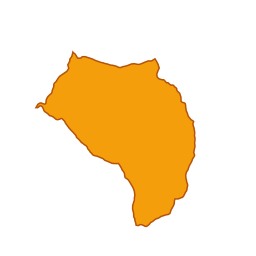 Shongphu, Tashigang, Bhutan (Robinson projection), rotated 324°
{"feature_id": "84629894B1548081314680", "entity_name": "Shongphu", "entity_type": "district", "adm_level": 2, "iso_a3": "BTN", "parent_name": "Bhutan", "parent_adm1": "Tashigang", "projection": "robinson", "projection_center": [91.663, 27.301], "detail": "fine", "context": "isolated", "style": "filled", "palette": "amber", "viewbox_px": 256, "rotation_deg": 324, "n_neighbors": 0, "source": "geoboundaries", "source_scale": "gbopen_adm2", "svg_char_len": 4030}
<svg xmlns="http://www.w3.org/2000/svg" viewBox="0 0 256 256"><g transform="rotate(324 128 128)"><path d="M65.5,57.4L66.0,57.7L66.3,58.0L66.8,58.4L67.4,58.5L68.7,58.4L69.8,58.4L70.4,58.7L70.7,59.1L71.0,59.9L71.0,60.4L71.1,61.0L71.0,61.5L70.3,64.4L70.2,65.2L70.5,66.6L71.1,68.0L71.5,69.4L71.9,71.9L73.4,73.8L74.1,75.4L74.2,75.9L74.4,76.8L74.9,78.7L75.9,79.9L78.1,80.8L79.4,80.9L79.8,81.3L80.2,81.8L80.3,82.5L80.4,83.1L80.6,84.5L80.7,85.9L80.3,86.8L80.3,87.3L80.3,88.0L80.3,89.4L80.3,90.2L80.3,90.9L80.3,91.8L80.3,93.0L80.6,96.7L80.8,97.5L81.1,99.8L81.4,102.7L81.4,103.5L81.3,104.0L81.3,104.4L80.9,105.0L80.9,105.5L81.2,106.8L81.4,107.9L81.6,109.4L81.7,110.2L81.7,111.4L81.8,112.0L81.9,112.8L82.4,113.6L82.6,114.9L83.3,116.9L83.7,117.8L83.8,118.9L83.8,119.4L83.6,119.9L83.3,120.7L83.3,121.4L83.4,123.7L83.4,124.6L83.3,125.4L83.5,125.9L83.5,126.5L83.6,126.9L83.7,127.7L83.7,128.6L83.8,129.2L84.5,130.5L85.3,131.4L85.8,131.9L86.6,132.9L88.2,135.5L89.1,137.0L89.6,137.8L89.8,138.2L90.1,139.8L90.2,140.4L91.1,141.8L91.9,143.1L92.4,143.8L94.1,146.8L94.4,147.3L95.9,148.6L96.7,149.2L97.5,149.9L98.3,150.4L99.2,150.9L99.4,151.4L99.4,152.6L99.3,154.5L99.2,155.4L98.9,157.5L98.6,158.3L98.7,159.9L98.7,160.7L98.5,162.4L98.1,163.2L97.1,165.0L96.6,166.4L96.6,166.8L97.0,167.5L97.8,170.5L97.7,171.2L97.6,173.1L97.1,178.2L97.0,178.8L96.9,179.7L96.0,182.8L95.2,184.3L94.8,184.9L94.4,185.8L93.6,187.0L92.6,187.7L91.6,188.9L91.2,189.5L90.7,190.2L89.3,191.1L88.3,191.9L87.1,192.8L86.1,193.6L85.2,194.8L84.1,196.2L83.6,197.5L83.1,198.4L82.8,199.6L80.6,203.1L80.3,203.7L80.2,204.5L80.3,205.2L79.9,205.6L79.1,207.2L78.8,208.1L78.5,209.1L77.9,210.5L77.4,211.3L77.9,212.0L79.2,213.1L80.7,213.2L81.8,213.8L82.8,215.1L84.0,217.5L84.9,218.4L85.4,218.5L86.5,218.6L88.7,218.4L90.6,217.8L93.1,218.1L96.3,217.9L98.0,218.2L99.1,218.7L100.7,218.9L102.8,219.0L105.5,219.9L108.0,220.7L109.6,221.6L111.6,221.8L114.9,219.5L118.8,217.7L120.8,216.5L123.1,213.9L124.3,213.0L125.7,214.0L126.8,214.8L127.8,215.1L130.2,215.7L131.1,216.1L132.8,215.8L135.4,214.5L136.5,213.9L138.3,213.3L139.6,212.4L140.5,211.2L141.6,210.4L142.7,209.3L143.3,208.0L143.6,206.6L144.7,204.4L145.4,202.6L147.0,200.0L149.4,198.0L151.9,197.1L154.8,194.9L160.1,192.4L161.7,191.2L163.3,190.5L164.6,190.0L165.9,189.2L166.7,186.6L168.3,185.0L170.0,183.5L170.8,182.8L171.7,181.8L173.1,179.2L174.7,177.6L176.2,175.7L177.2,173.4L179.3,170.9L180.3,169.0L181.5,166.5L182.2,164.3L183.2,162.5L184.9,161.4L184.8,160.4L183.9,158.4L183.6,154.1L183.8,153.4L184.4,151.8L185.0,149.7L185.2,148.5L185.6,147.5L186.2,146.6L187.0,144.8L187.4,144.3L187.9,143.6L188.6,142.0L188.5,141.1L187.1,139.2L186.6,138.0L187.1,136.8L188.1,135.5L188.9,134.2L189.7,131.9L190.2,130.2L189.8,128.0L189.6,126.9L190.0,125.4L190.5,124.9L190.5,123.8L190.1,122.7L189.9,121.3L189.9,120.3L189.3,119.4L188.1,118.7L187.5,117.4L187.2,116.1L187.0,114.9L185.8,114.1L185.3,110.1L183.8,108.8L182.5,107.2L181.7,105.8L181.7,103.5L183.0,101.3L185.6,99.5L187.3,98.5L188.0,98.1L188.5,97.9L188.9,96.6L189.8,93.9L190.2,91.2L190.5,87.9L189.3,87.8L186.5,87.6L183.7,85.6L180.4,84.7L178.6,84.3L176.6,83.8L174.5,83.2L173.7,82.5L172.9,81.9L170.9,79.7L168.4,78.2L166.2,77.7L162.8,76.7L159.8,75.3L157.7,74.8L156.3,73.8L155.0,71.4L153.9,70.0L152.4,68.2L150.6,66.6L149.6,65.0L148.7,63.8L147.5,62.6L146.6,61.3L146.2,60.7L144.5,58.9L142.9,56.4L142.0,55.3L141.7,54.8L140.9,53.4L139.9,51.5L138.2,49.1L136.7,47.1L135.4,45.2L133.6,43.9L132.8,43.5L132.0,43.5L131.2,43.7L130.2,43.3L128.9,42.3L128.5,42.1L128.3,41.5L128.5,40.0L128.7,37.1L128.0,34.8L128.0,34.2L126.3,35.7L124.8,36.9L124.3,37.2L122.3,37.8L121.3,38.2L120.5,39.4L118.2,40.7L116.5,41.4L115.2,44.6L115.0,45.0L113.0,45.8L111.7,46.2L105.1,46.0L103.3,46.0L100.9,46.6L99.9,47.0L97.5,48.0L96.6,48.3L95.1,48.4L94.4,48.6L93.5,49.3L92.2,50.9L91.5,51.4L89.7,52.5L88.4,53.4L87.9,54.1L87.1,54.6L86.1,55.0L83.5,55.2L82.8,55.4L82.1,55.4L81.2,55.7L78.9,56.8L77.9,57.7L76.4,59.4L76.0,59.7L75.6,59.8L74.8,59.8L74.4,59.6L72.5,56.8L71.8,56.2L70.7,55.9L68.9,55.9L65.5,57.4Z" fill="#f59e0b" stroke="#b45309" stroke-width="1.5"/></g></svg>